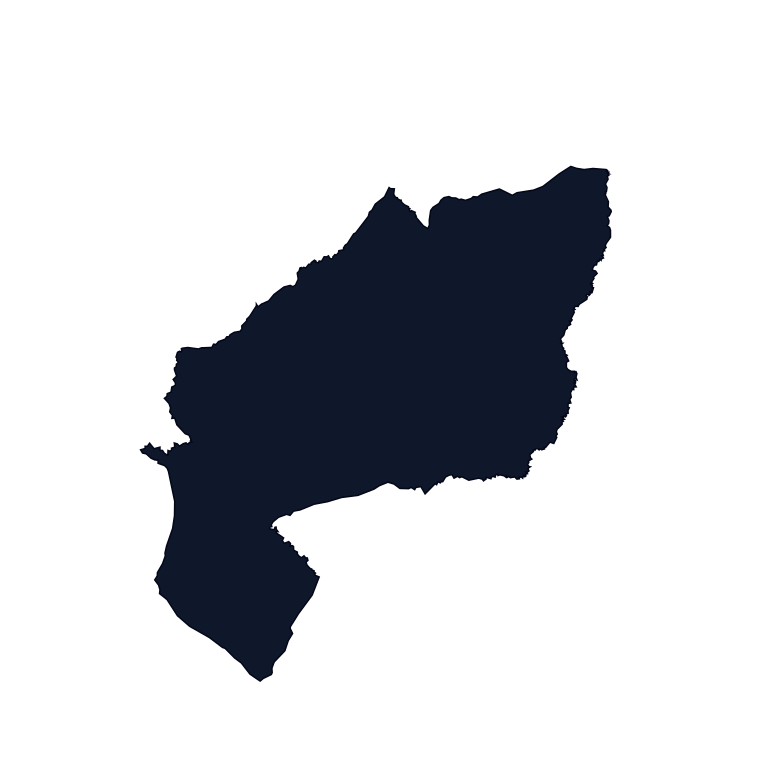 Sawang Arom, Uthai Thani, Thailand (Natural Earth projection), rotated 137°
{"feature_id": "78962969B79661322600034", "entity_name": "Sawang Arom", "entity_type": "district", "adm_level": 2, "iso_a3": "THA", "parent_name": "Thailand", "parent_adm1": "Uthai Thani", "projection": "natural_earth1", "projection_center": [99.718, 15.604], "detail": "fine", "context": "isolated", "style": "filled", "palette": "ink", "viewbox_px": 768, "rotation_deg": 137, "n_neighbors": 0, "source": "geoboundaries", "source_scale": "gbopen_adm2", "svg_char_len": 6147}
<svg xmlns="http://www.w3.org/2000/svg" viewBox="0 0 768 768"><g transform="rotate(137 384 384)"><path d="M75.3,389.4L84.2,399.1L91.4,404.4L96.1,410.4L99.0,415.7L112.7,418.2L133.1,420.1L142.4,423.8L156.3,433.2L161.5,434.5L166.6,447.9L183.0,456.2L188.0,456.9L191.0,460.2L193.6,460.2L199.2,462.8L201.5,466.6L203.4,467.6L204.6,471.1L207.5,473.9L208.7,476.8L213.0,479.4L217.0,479.6L220.6,478.5L227.7,479.8L231.5,479.1L239.1,473.0L242.4,469.3L245.9,467.8L247.4,472.8L246.8,484.9L246.0,484.7L245.1,487.9L244.1,488.3L245.7,492.1L247.2,492.2L246.9,493.9L245.5,494.6L246.2,495.4L245.2,497.0L246.8,501.0L247.2,504.7L246.1,506.9L246.9,507.4L247.7,510.0L247.2,511.1L248.3,512.8L247.5,516.2L243.3,519.7L246.0,522.4L246.3,524.2L255.9,520.5L267.7,521.5L274.3,519.3L277.5,519.6L281.1,517.3L301.7,513.8L303.8,514.5L315.0,511.6L317.7,512.0L320.9,511.1L321.9,509.6L326.1,512.3L327.7,511.1L331.0,510.8L331.6,512.1L334.8,511.8L335.3,510.8L337.3,511.3L337.9,513.1L337.2,515.6L339.1,516.0L341.0,517.9L346.1,516.3L347.5,518.2L349.4,517.4L351.0,519.8L350.0,520.2L350.4,522.0L354.6,522.4L355.8,521.5L357.3,522.9L361.9,522.2L363.3,524.2L366.1,524.7L365.2,525.6L366.2,526.2L369.1,524.5L371.8,524.3L375.2,519.2L381.2,516.7L384.2,517.2L385.4,520.1L391.1,523.2L403.5,524.5L411.7,523.4L419.1,526.0L423.5,526.3L422.9,529.4L424.0,528.2L436.1,525.1L440.2,525.0L441.5,523.8L448.4,523.5L450.2,521.3L453.1,520.6L458.4,524.0L463.0,525.0L465.0,524.3L466.9,525.8L469.6,525.1L476.1,527.9L479.8,527.4L481.5,529.4L484.9,528.1L492.9,535.0L495.7,536.1L502.6,544.5L507.2,547.8L508.2,548.0L509.0,546.2L510.5,546.0L511.2,547.4L513.4,548.0L517.8,545.5L518.0,543.7L519.5,542.7L519.4,539.9L522.3,540.1L524.1,538.4L526.3,538.6L527.5,537.4L530.3,531.2L535.1,531.1L535.7,527.2L537.6,525.3L541.3,526.5L545.3,523.3L549.1,524.8L551.2,523.0L554.4,523.3L554.5,516.4L556.4,512.1L559.7,509.8L560.1,505.3L562.6,503.5L560.3,501.8L563.3,495.5L563.3,483.2L561.5,479.6L563.0,475.1L564.1,474.6L564.1,472.7L566.2,474.0L568.6,473.5L568.9,476.0L571.6,477.3L575.9,478.0L576.0,481.2L577.6,483.9L580.1,480.5L583.2,482.0L584.0,480.7L586.2,480.7L587.3,482.7L590.8,479.2L591.9,483.2L591.3,486.4L593.1,488.3L590.9,490.6L596.3,493.5L595.8,500.6L599.5,499.8L601.2,501.4L602.6,499.7L606.9,501.9L607.7,498.2L605.5,495.0L605.0,488.6L603.4,484.8L601.2,482.3L603.3,480.1L600.1,473.9L600.0,470.3L601.3,467.0L617.1,440.9L627.1,430.5L637.1,422.5L653.5,413.8L659.5,409.7L661.1,407.5L668.5,403.6L678.4,400.6L680.6,398.3L685.3,397.1L686.0,390.7L688.2,386.3L691.1,383.8L689.7,374.3L693.1,355.4L691.4,339.3L684.6,317.6L681.8,301.5L680.5,299.0L680.1,285.5L678.6,277.3L679.9,263.1L677.2,251.2L673.1,251.0L664.5,248.4L662.7,249.1L659.8,252.6L653.9,255.6L638.4,256.5L629.1,261.6L621.0,263.9L619.3,269.3L617.9,270.4L603.0,274.4L580.5,278.6L563.0,287.1L564.7,290.8L564.3,292.4L563.1,292.4L563.5,294.1L562.5,295.2L563.6,296.9L563.0,297.7L563.9,299.9L563.8,304.1L562.4,307.0L560.0,306.8L558.7,309.1L559.9,310.3L559.7,312.9L562.7,313.2L563.5,315.4L563.4,318.6L562.0,320.2L563.4,324.0L560.9,327.0L561.5,328.7L563.6,329.4L561.1,331.2L561.2,333.7L565.6,335.5L565.2,338.8L562.4,339.9L564.4,348.8L563.3,349.5L562.2,348.3L561.9,351.0L560.5,353.0L561.5,353.6L563.8,352.3L566.4,356.2L565.2,357.3L563.3,356.2L562.4,358.0L559.0,358.9L552.1,358.5L544.1,355.1L542.3,352.0L536.9,352.7L531.2,349.1L517.2,343.8L505.5,336.4L492.5,330.0L479.0,320.3L462.9,313.9L456.7,312.8L448.1,309.5L444.9,304.0L443.6,296.8L437.3,290.6L434.7,289.9L433.6,285.8L431.2,286.6L427.0,283.8L428.9,275.6L414.6,276.2L414.2,274.5L411.1,275.7L410.3,273.3L408.1,273.5L407.7,272.5L402.4,274.0L398.3,272.8L396.1,271.2L397.0,267.4L393.1,266.3L392.6,264.0L390.3,263.0L387.6,255.8L378.9,250.5L377.0,247.4L377.3,245.3L374.3,244.9L372.8,245.9L370.4,241.8L369.0,242.6L367.3,242.1L366.3,240.1L364.3,241.3L362.4,240.6L363.1,239.3L361.2,238.5L358.7,234.8L358.4,232.6L357.1,233.1L357.7,231.7L355.9,231.3L355.5,229.3L351.8,226.9L351.7,223.8L349.6,222.3L348.8,223.7L347.0,222.2L346.8,220.6L345.6,221.6L344.8,220.7L344.1,221.8L343.9,220.1L342.9,220.0L342.0,221.6L340.3,220.6L340.2,222.8L339.3,221.7L337.2,221.6L336.9,223.1L335.4,224.2L333.5,223.7L334.3,225.0L333.9,227.3L331.6,227.8L330.9,229.2L327.1,228.3L327.3,229.9L325.6,232.9L320.8,232.7L319.5,233.8L318.6,232.6L317.1,233.2L315.6,231.5L315.5,230.0L314.0,230.2L313.6,228.4L311.0,227.1L310.3,228.2L309.2,227.4L302.3,228.3L300.4,224.7L294.0,227.2L293.9,228.9L291.5,229.1L290.6,231.5L288.4,232.8L281.0,233.1L280.1,234.7L278.2,234.4L278.3,236.7L276.2,235.2L276.4,238.3L275.6,237.2L274.4,237.9L273.8,236.2L272.2,236.4L271.6,238.1L269.3,237.0L267.6,239.1L264.7,240.3L265.2,241.7L262.5,244.2L260.3,242.7L258.8,246.0L256.1,246.6L253.6,250.4L249.9,251.7L249.1,250.5L247.4,252.4L245.4,250.8L244.3,255.2L243.4,254.1L241.6,255.7L242.6,256.5L241.8,257.7L240.6,257.5L240.0,255.6L239.0,258.0L235.9,260.0L235.2,262.0L236.8,262.4L235.9,263.3L238.6,265.8L239.6,269.2L239.3,271.7L235.8,275.5L233.2,274.9L231.9,279.0L232.4,280.4L230.5,280.1L231.2,282.5L229.1,284.7L229.6,286.9L228.2,287.6L228.4,289.1L227.1,291.9L225.5,291.9L226.7,293.1L225.3,293.7L224.3,296.7L219.2,297.1L214.5,300.0L212.1,299.7L210.5,301.2L206.9,300.3L205.5,303.3L204.9,302.2L202.7,302.6L202.6,304.2L195.9,306.7L195.0,308.9L193.5,308.3L193.6,309.7L192.1,310.2L191.1,310.4L189.1,308.3L186.9,309.2L178.0,307.6L175.8,309.1L176.0,310.7L174.9,311.2L173.3,309.9L173.7,309.0L172.1,309.0L170.6,311.1L170.3,309.4L168.7,310.5L168.9,309.3L165.1,311.6L166.1,312.7L164.5,313.8L165.0,315.1L164.6,315.9L164.5,315.1L163.2,315.2L164.1,316.1L162.9,316.0L163.0,316.9L158.4,318.0L157.9,319.4L152.7,319.5L152.2,322.3L154.0,325.2L151.8,326.7L148.9,327.3L147.4,326.2L144.4,328.2L143.3,327.1L141.1,328.0L140.9,326.4L139.8,327.3L137.6,326.5L137.3,329.2L136.0,328.3L134.9,330.7L132.2,331.9L131.8,331.0L130.5,332.5L128.5,332.3L128.0,334.1L125.7,335.3L118.3,336.8L113.5,342.0L112.3,344.6L112.9,347.7L110.4,348.1L108.2,349.9L106.4,354.2L104.6,353.4L100.2,355.1L99.4,356.5L99.4,360.6L95.5,364.3L93.0,372.1L92.0,371.9L91.3,373.6L90.3,372.9L86.9,375.6L85.7,379.2L80.4,381.0L79.1,383.6L77.3,383.3L76.8,384.6L76.2,384.2L76.7,385.4L75.1,385.6L76.3,387.5L74.9,387.7L75.3,389.4Z" fill="#0f172a" stroke="#020617" stroke-width="1.5"/></g></svg>